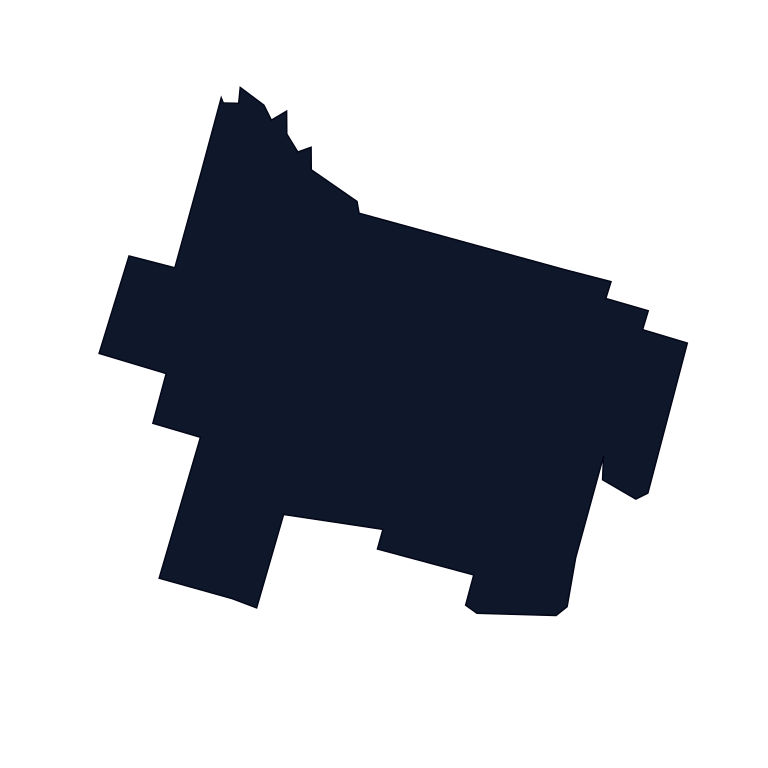 Livingston, New York, United States of America, rotated 105°
{"feature_id": "52423323B89765058067018", "entity_name": "Livingston", "entity_type": "district", "adm_level": 2, "iso_a3": "USA", "parent_name": "United States of America", "parent_adm1": "New York", "projection": "natural_earth1", "projection_center": [-77.807, 42.73], "detail": "fine", "context": "isolated", "style": "filled", "palette": "ink", "viewbox_px": 768, "rotation_deg": 105, "n_neighbors": 0, "source": "geoboundaries", "source_scale": "gbopen_adm2", "svg_char_len": 687}
<svg xmlns="http://www.w3.org/2000/svg" viewBox="0 0 768 768"><g transform="rotate(105 384 384)"><path d="M428.2,667.1L430.3,597.1L481.8,597.1L483.0,547.5L629.8,550.9L630.6,475.3L633.2,449.1L536.0,447.2L524.7,347.4L545.1,347.6L545.2,247.9L576.5,247.9L581.4,234.9L563.1,157.9L551.7,149.5L502.2,153.9L396.8,153.3L419.9,148.1L430.0,111.0L421.1,100.9L266.0,101.6L264.6,148.3L244.9,147.7L244.0,191.9L226.4,191.2L226.8,238.4L225.5,452.3L214.7,457.3L195.9,509.7L174.2,515.7L182.2,527.3L167.7,542.6L145.6,548.7L158.3,561.1L145.8,572.1L134.8,599.6L150.5,597.0L154.2,612.0L149.7,615.3L226.6,615.4L325.9,616.1L326.3,663.4L428.2,667.1Z" fill="#0f172a" stroke="#020617" stroke-width="1.5"/></g></svg>